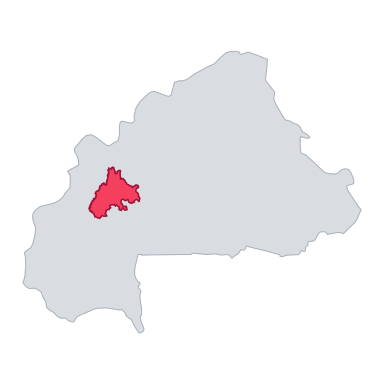 Mouhoun, Mou Houn, Burkina Faso shown in context
{"feature_id": "67063806B95698273817509", "entity_name": "Mouhoun", "entity_type": "district", "adm_level": 2, "iso_a3": "BFA", "parent_name": "Burkina Faso", "parent_adm1": "Mou Houn", "projection": "natural_earth1", "projection_center": [-3.46, 12.237], "detail": "fine", "context": "in_parent", "style": "filled", "palette": "rose", "viewbox_px": 384, "rotation_deg": 0, "n_neighbors": 0, "source": "geoboundaries", "source_scale": "gbopen_adm2", "svg_char_len": 8611}
<svg xmlns="http://www.w3.org/2000/svg" viewBox="0 0 384 384"><path d="M297.6,254.7L286.6,255.2L282.6,256.6L280.2,256.6L280.1,255.5L279.8,254.8L265.9,250.9L256.2,248.6L246.3,246.1L245.7,248.5L244.3,250.0L242.2,250.1L240.7,249.7L239.7,251.6L238.1,254.0L235.8,255.2L233.6,256.7L232.3,258.0L231.4,258.0L229.1,254.9L226.1,254.6L220.5,255.1L218.0,254.3L214.6,253.9L206.4,254.5L193.4,253.2L191.3,253.9L190.8,254.5L177.9,254.6L163.7,254.8L151.9,254.9L141.5,255.1L141.5,254.5L138.2,254.5L137.8,255.5L134.9,267.9L134.6,274.7L136.1,278.9L137.9,281.5L139.9,282.6L140.1,284.2L138.5,286.1L138.6,288.1L140.5,290.1L140.9,292.3L140.0,294.6L140.2,300.0L141.6,308.7L141.6,314.3L140.3,316.8L141.0,321.2L143.5,327.4L144.0,330.0L143.1,331.2L140.9,332.8L138.8,332.7L136.3,329.0L135.2,327.3L133.2,323.5L131.4,319.7L129.1,318.1L126.8,316.5L124.1,311.7L121.4,309.4L118.6,310.0L114.4,309.1L106.1,307.9L97.1,308.3L93.4,309.4L89.7,311.1L80.4,315.0L76.7,316.9L73.9,321.8L70.8,321.7L67.6,320.1L65.6,317.9L61.4,318.4L57.3,316.3L53.3,312.1L50.4,310.7L46.7,307.6L45.7,301.8L43.3,297.8L41.1,292.1L37.9,289.6L34.2,288.2L29.1,288.5L25.7,286.3L23.0,283.0L23.8,280.1L25.0,276.0L25.1,272.1L25.9,265.8L25.4,257.8L24.5,252.3L27.3,250.0L30.6,247.9L32.7,244.1L34.8,235.7L35.7,228.4L35.0,225.7L34.0,223.5L33.1,220.4L32.6,216.5L33.2,213.1L35.7,210.0L38.8,207.4L41.0,206.2L46.9,204.9L54.2,203.0L58.4,200.8L61.4,198.6L63.2,196.9L64.9,193.3L67.7,190.5L69.9,187.8L70.2,180.0L70.2,175.6L68.6,173.2L67.7,171.1L78.6,165.0L78.6,160.8L77.1,156.0L75.0,152.2L74.2,148.8L77.2,144.9L79.9,142.0L81.8,139.5L86.1,135.7L90.5,134.7L94.5,136.2L106.3,145.1L108.4,145.7L110.8,145.0L114.0,142.6L118.0,140.8L119.5,134.8L119.4,126.0L120.3,122.0L122.4,121.2L129.2,122.9L131.0,123.0L133.0,122.5L134.4,120.9L134.3,118.1L134.0,115.6L136.2,107.4L140.3,101.3L148.4,93.6L151.0,92.1L153.9,91.3L168.6,96.5L171.0,95.2L174.5,82.2L178.5,80.9L183.3,80.7L186.4,79.6L188.0,78.7L194.9,73.7L207.2,67.0L213.8,64.1L215.1,63.0L219.8,58.2L226.0,52.7L230.0,51.6L235.6,51.2L239.1,52.1L240.0,53.7L241.1,54.5L248.3,52.1L258.7,55.8L267.7,59.5L267.1,61.8L267.1,65.9L266.3,72.4L265.5,80.2L269.2,85.2L273.6,90.6L274.8,92.7L273.7,98.0L274.5,101.1L276.9,106.3L280.9,112.9L285.0,119.7L287.8,120.6L290.5,121.2L292.1,122.4L294.5,123.6L296.9,124.3L299.0,125.8L300.3,127.3L302.1,131.5L306.7,134.2L309.9,137.0L308.6,138.3L304.6,137.8L300.8,136.6L300.3,138.6L300.2,146.3L300.9,152.7L301.7,153.5L305.5,154.7L314.6,163.0L322.8,170.9L325.6,172.9L330.1,173.7L335.2,174.0L337.4,173.3L342.3,169.3L344.9,168.9L347.3,169.0L348.6,169.6L351.0,172.9L353.2,177.8L353.8,181.4L353.7,183.3L352.9,184.0L348.9,185.0L347.1,185.7L346.7,186.8L347.4,189.2L348.1,190.7L352.6,197.8L359.0,207.3L361.0,209.7L359.9,212.5L356.7,220.0L354.3,223.0L343.6,233.5L338.4,232.3L327.4,234.4L325.7,232.0L323.2,231.7L320.0,232.1L318.8,233.0L318.5,234.1L317.3,235.5L315.3,239.7L313.8,240.7L311.8,241.4L309.4,241.3L308.0,241.8L308.0,243.9L307.6,245.7L306.0,246.6L305.3,248.6L305.4,250.6L304.5,251.5L302.4,251.0L301.2,250.4L300.0,253.0L298.6,254.7L297.6,254.7Z" fill="#d9dde1" stroke="#a8b0b8" stroke-width="1"/><path d="M134.3,202.2L133.9,201.6L134.1,200.9L135.1,200.1L136.4,199.5L136.7,199.5L137.6,200.0L138.8,201.5L139.1,201.3L139.3,201.1L139.3,199.9L139.8,198.9L139.8,198.5L139.8,198.2L139.4,197.4L138.7,196.9L138.6,196.5L138.7,195.8L138.4,194.9L138.3,194.1L138.1,193.5L137.2,192.5L136.2,191.9L135.9,191.4L135.8,190.9L136.0,189.6L136.6,188.4L137.2,187.9L137.3,187.6L137.6,187.5L138.1,187.8L138.4,187.6L138.5,186.8L138.4,186.4L138.1,185.7L137.9,185.4L137.5,185.4L136.9,185.0L136.3,185.3L135.8,185.0L135.6,185.0L135.3,185.5L135.0,185.9L134.7,186.0L134.3,185.9L133.8,186.4L133.6,186.5L132.8,187.5L132.5,187.6L132.2,187.1L132.0,186.4L131.7,186.1L131.1,186.0L130.3,185.8L129.6,185.9L129.1,185.5L129.0,185.1L128.8,184.8L127.4,184.4L127.0,184.1L126.7,183.9L126.5,183.0L125.3,181.9L125.2,180.8L124.6,180.4L124.2,179.7L123.6,179.7L123.3,179.5L123.2,179.1L123.2,178.7L122.8,178.4L122.0,178.6L121.1,179.2L120.5,179.0L120.4,178.8L120.4,178.6L120.8,177.7L120.2,176.3L120.3,175.8L120.1,174.9L120.2,174.0L120.0,173.4L120.2,172.8L120.2,172.4L120.4,171.6L120.6,171.3L120.2,170.7L120.1,170.4L119.4,170.4L119.1,170.6L118.4,170.7L118.1,170.8L117.8,171.3L117.7,171.5L117.4,171.4L117.3,171.5L117.1,172.1L117.0,172.9L116.7,173.5L116.4,173.7L115.9,173.8L115.2,173.4L115.0,173.1L115.1,172.6L115.5,171.8L114.5,170.6L114.2,169.3L113.6,168.6L113.6,168.4L113.9,168.0L113.8,167.6L113.4,167.4L113.1,167.7L112.3,167.8L112.2,167.8L112.2,167.4L111.6,167.7L111.5,168.5L111.3,168.9L110.9,169.2L110.4,169.1L109.5,168.4L109.2,168.3L108.9,168.1L108.8,168.5L108.8,169.2L108.6,169.3L108.5,169.6L108.2,169.6L108.0,170.2L107.8,170.4L107.8,170.5L108.2,170.6L108.8,171.4L108.7,171.7L108.8,172.2L108.8,172.4L108.4,172.7L108.3,172.8L108.3,173.0L108.5,173.2L108.4,173.4L108.6,174.1L108.1,174.2L107.8,174.7L108.0,174.7L108.3,174.9L108.3,175.2L108.1,175.6L107.9,175.5L107.7,175.6L107.6,175.8L108.0,176.0L108.1,176.3L108.1,176.5L107.9,176.6L107.7,177.1L107.7,177.5L107.6,177.8L107.7,178.7L107.6,178.9L107.6,179.3L107.4,179.4L107.2,179.4L107.1,179.5L107.2,179.8L107.2,180.3L107.1,180.5L106.9,180.6L106.9,180.9L107.1,180.9L107.2,181.1L107.1,181.4L106.7,181.7L106.5,182.0L106.8,182.3L106.5,182.7L106.3,183.2L106.2,183.4L106.8,183.8L106.9,184.2L106.6,184.7L106.2,185.0L105.5,184.6L105.0,184.7L104.6,184.7L104.4,184.4L104.4,184.0L104.2,183.7L103.9,183.5L104.0,183.0L103.8,182.9L103.5,183.2L103.4,183.5L103.1,183.9L102.9,183.9L102.6,183.8L102.5,184.1L102.2,184.0L101.8,184.1L101.7,184.7L101.8,185.0L101.7,185.1L101.1,185.2L100.9,185.4L100.9,185.7L100.7,185.9L100.4,185.8L100.2,185.9L100.4,186.2L100.5,186.4L100.3,186.6L100.1,186.5L99.9,186.6L99.9,186.9L99.6,187.1L99.7,187.4L99.7,187.6L99.4,187.9L99.5,188.4L99.4,188.7L99.6,188.9L99.6,189.0L99.1,189.5L99.2,189.9L99.1,190.0L98.8,189.9L98.7,189.9L98.6,190.2L98.7,190.5L98.5,191.0L98.2,191.2L97.7,191.1L97.4,190.9L97.1,191.0L96.9,191.2L96.5,191.2L95.8,192.1L95.8,192.6L95.5,192.7L95.4,193.2L95.6,193.1L95.9,193.4L95.8,193.7L96.2,194.3L95.9,194.8L96.1,195.0L96.1,195.3L96.3,195.7L96.3,195.9L96.1,196.1L96.1,196.3L95.7,196.6L95.5,196.8L95.6,197.3L95.7,197.7L95.8,197.9L95.5,198.1L95.4,198.4L95.1,198.7L95.1,198.4L94.3,198.6L93.7,198.4L93.5,198.6L93.4,198.9L93.5,199.3L93.8,199.4L93.5,200.0L93.3,201.0L93.1,201.2L92.9,201.2L92.8,200.8L92.7,200.6L92.4,200.6L92.5,200.9L92.5,201.1L92.1,201.6L92.4,202.0L92.0,202.4L91.4,202.6L91.2,202.9L91.2,203.2L90.9,203.5L91.0,204.0L91.3,204.0L91.4,204.4L91.5,204.6L91.2,204.8L90.9,204.6L90.6,204.6L90.2,204.9L90.4,205.8L90.1,205.8L90.0,206.1L89.8,206.2L90.0,206.4L90.1,206.9L90.2,207.0L90.3,207.3L90.5,207.5L90.1,208.0L89.8,207.5L89.6,207.3L89.3,207.6L89.0,208.3L89.0,208.6L89.4,209.2L89.7,210.3L90.1,210.6L90.1,210.8L90.2,211.4L90.4,211.5L90.7,211.1L90.9,211.1L91.1,210.9L91.6,210.9L91.8,211.1L92.1,211.4L92.1,211.7L91.8,212.4L91.9,212.6L92.4,212.9L92.9,212.9L93.8,213.3L94.0,214.2L93.9,214.6L94.2,215.0L94.8,215.6L94.9,216.3L94.8,216.8L96.2,217.1L96.8,217.2L97.2,217.5L97.5,217.8L98.1,218.0L98.4,217.8L98.9,217.8L99.5,218.0L99.7,218.3L99.8,218.2L100.0,217.9L100.3,217.8L100.5,217.3L100.8,217.1L101.0,216.9L101.4,216.4L101.6,216.1L101.9,215.5L103.0,216.0L104.2,216.2L105.7,216.2L106.2,215.9L106.4,216.0L106.6,215.9L106.8,215.9L106.8,215.7L106.3,215.1L106.3,214.9L106.0,214.5L105.9,214.3L105.7,214.1L105.2,213.9L105.3,213.2L105.6,213.0L105.7,212.4L105.9,212.3L106.0,211.9L106.1,211.7L106.0,211.4L106.1,211.2L105.9,210.7L106.1,210.4L106.4,210.4L106.8,210.2L107.0,209.9L107.1,209.7L107.3,209.6L107.7,209.7L108.0,209.4L108.3,209.4L108.6,209.2L109.1,209.5L109.2,209.2L109.3,209.2L109.4,208.8L109.7,208.2L110.4,208.1L110.7,207.8L110.5,207.5L110.3,206.9L109.8,205.4L112.1,204.8L113.7,204.9L114.2,204.8L114.4,204.6L114.5,204.9L115.4,206.1L115.6,205.9L115.7,205.4L115.9,205.2L116.5,205.1L116.9,205.2L117.0,205.4L118.0,206.3L119.1,207.1L119.3,207.6L119.3,207.9L118.9,209.0L119.2,209.6L119.4,209.7L119.5,209.9L120.7,210.3L121.4,210.4L121.7,209.6L121.6,209.2L122.6,208.2L124.9,210.2L127.0,209.7L126.7,209.1L126.8,208.6L126.9,208.4L126.9,208.2L126.4,207.1L126.3,206.4L125.5,206.6L125.3,206.4L125.1,206.5L124.8,206.3L124.4,206.4L123.8,206.6L123.6,206.7L123.3,206.4L123.2,206.4L123.0,206.1L122.5,204.7L122.4,204.2L121.9,203.8L121.7,203.4L121.3,203.4L121.1,203.2L121.0,201.7L121.1,200.8L121.7,199.6L121.9,199.4L122.0,199.3L123.4,199.4L123.7,199.3L124.1,199.9L124.4,200.3L125.4,200.7L127.9,199.5L128.3,200.0L128.5,201.7L128.8,202.1L130.3,203.0L130.9,203.0L131.3,203.3L131.7,203.3L132.0,203.1L132.1,202.7L132.3,202.8L132.6,202.7L132.8,202.7L133.2,202.5L133.9,202.3L134.0,202.3L134.3,202.2Z" fill="#f43f5e" stroke="#9f1239" stroke-width="1.5"/></svg>